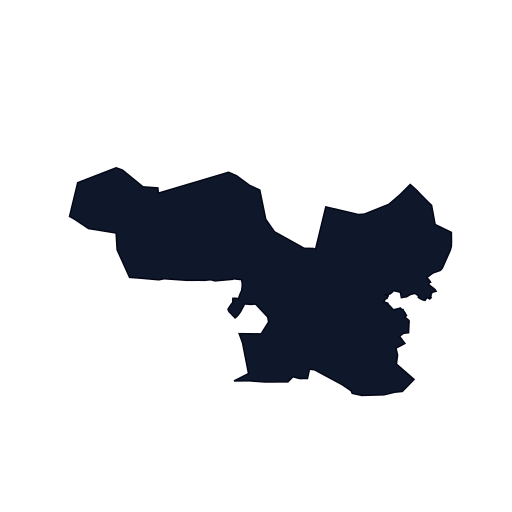 outline of Ife East, Osun, Nigeria, rotated 112°
{"feature_id": "59680162B92942987363648", "entity_name": "Ife East", "entity_type": "district", "adm_level": 2, "iso_a3": "NGA", "parent_name": "Nigeria", "parent_adm1": "Osun", "projection": "equal_earth", "projection_center": [4.586, 7.388], "detail": "fine", "context": "isolated", "style": "filled", "palette": "ink", "viewbox_px": 512, "rotation_deg": 112, "n_neighbors": 0, "source": "geoboundaries", "source_scale": "gbopen_adm2", "svg_char_len": 3760}
<svg xmlns="http://www.w3.org/2000/svg" viewBox="0 0 512 512"><g transform="rotate(112 256 256)"><path d="M188.6,312.8L234.3,370.1L229.6,372.5L234.2,386.7L226.3,412.1L226.6,418.7L254.8,448.8L289.2,443.7L289.8,438.4L293.3,421.6L287.1,394.3L302.3,387.1L323.2,365.2L320.5,356.9L314.5,337.2L311.5,332.6L306.5,317.3L304.7,311.7L299.6,299.1L298.0,294.9L295.0,289.1L294.4,284.6L286.3,268.8L285.5,268.1L283.3,260.3L284.6,259.8L285.3,259.4L286.1,258.8L286.9,258.4L287.7,258.1L288.4,257.7L288.8,257.7L289.3,257.5L289.5,257.4L290.1,257.3L290.5,257.1L290.9,257.0L291.5,256.9L291.9,256.8L292.3,256.6L293.0,256.5L293.6,256.4L294.1,256.4L294.5,256.4L294.9,256.4L295.4,256.5L296.1,256.5L296.7,256.5L297.3,256.5L297.9,256.5L298.5,256.5L299.0,256.5L299.4,256.4L300.2,256.4L300.6,256.4L300.9,256.4L301.4,256.4L301.8,256.4L302.2,256.4L302.2,256.6L302.3,257.0L302.5,257.8L302.5,258.1L302.7,258.7L302.9,259.2L303.1,259.9L303.4,260.5L303.6,261.0L303.9,261.6L304.1,261.5L304.3,261.5L304.6,261.4L304.9,261.2L305.1,261.1L305.4,261.0L305.7,261.0L306.0,260.8L306.2,260.7L306.5,260.7L306.8,260.5L307.1,260.3L307.4,260.2L307.6,260.2L308.0,260.2L308.3,260.2L308.5,260.4L308.9,260.5L309.2,260.6L309.6,260.7L309.9,260.9L310.2,260.9L310.5,261.0L310.8,261.0L311.0,261.1L311.4,261.2L311.7,261.2L312.1,261.3L312.5,261.4L312.9,261.5L313.3,261.6L313.5,261.6L313.8,261.7L314.3,261.8L314.6,261.9L315.1,261.9L315.6,261.9L316.1,261.9L316.3,261.6L316.6,261.3L316.9,261.1L317.2,260.8L317.4,260.5L317.6,260.1L317.9,259.8L318.1,259.3L318.3,259.0L318.4,258.5L318.6,257.9L318.9,257.4L319.1,256.9L319.3,256.5L319.6,255.9L319.8,255.4L320.1,254.8L320.3,254.2L320.5,253.8L320.6,253.4L320.9,252.9L321.2,252.5L321.3,252.3L321.0,252.0L320.5,251.7L319.8,251.4L319.0,251.1L318.4,250.8L317.5,250.5L316.8,250.3L316.1,250.1L315.6,250.0L314.9,249.8L314.3,249.6L313.9,249.6L313.4,249.5L313.0,249.4L312.4,249.3L311.9,249.3L311.0,249.2L310.4,249.2L309.9,249.2L309.7,249.1L309.3,249.0L308.8,249.0L308.3,248.9L307.9,248.9L307.3,248.8L306.3,248.7L305.9,248.7L305.4,248.7L305.0,248.7L304.5,247.9L304.3,247.2L303.8,245.8L303.4,244.2L302.7,242.5L302.3,241.4L301.2,239.4L300.8,238.2L308.2,222.3L312.4,219.6L326.3,222.1L334.3,242.5L341.4,236.1L367.8,218.9L380.1,229.6L374.1,215.1L373.7,213.7L373.0,211.4L369.5,200.6L360.8,179.3L354.1,176.5L353.7,172.7L353.3,169.6L350.3,162.4L340.9,164.0L339.6,159.1L343.0,128.2L345.3,117.5L347.3,115.3L345.7,105.8L336.8,85.4L330.3,76.3L326.8,69.6L311.2,63.2L303.6,85.3L294.8,87.6L289.0,91.7L281.3,85.2L276.7,92.8L272.4,90.3L270.0,85.8L258.8,89.7L258.3,90.6L257.4,93.2L257.2,94.8L256.1,94.7L254.8,94.1L253.8,95.5L252.8,96.6L251.8,98.4L250.9,99.3L250.5,99.8L251.2,100.5L250.1,102.7L251.3,104.1L254.4,108.5L252.2,113.1L251.4,115.2L251.0,115.5L250.4,116.0L250.5,118.4L250.8,120.3L250.1,120.3L249.4,120.2L247.6,120.1L246.2,118.6L245.5,118.9L244.5,118.5L243.4,118.5L243.5,121.3L242.8,121.2L242.6,119.4L240.8,117.4L238.8,116.3L236.9,115.6L236.5,114.8L235.8,110.4L235.6,108.4L237.0,107.7L238.2,106.8L240.1,105.7L239.8,104.9L238.7,103.3L237.5,101.2L236.7,100.5L234.4,98.9L232.9,97.1L231.1,94.6L232.1,90.2L233.3,90.2L233.6,89.9L234.0,88.0L234.2,85.0L234.0,83.3L233.8,82.6L230.4,82.0L230.8,79.0L230.5,78.6L229.0,78.0L228.8,79.0L227.5,78.7L225.2,79.7L225.0,79.1L223.8,79.2L221.2,75.8L220.1,77.3L219.5,79.1L219.0,80.9L217.6,85.6L215.6,85.0L214.9,84.3L212.9,87.3L212.5,88.9L211.9,89.5L210.0,88.3L205.5,85.6L200.3,79.7L197.6,78.7L177.7,78.0L173.8,78.5L168.7,80.4L160.9,83.7L159.7,101.7L143.2,112.2L141.6,116.4L140.3,119.4L138.6,123.3L136.8,127.5L135.0,131.3L133.5,135.3L131.9,139.8L145.1,145.4L158.3,152.2L176.6,171.3L179.2,176.6L184.3,209.7L227.6,203.3L227.5,205.7L230.8,214.2L226.6,248.0L218.3,260.7L193.4,277.2L192.9,288.4L188.9,303.9L188.6,312.8Z" fill="#0f172a" stroke="#020617" stroke-width="1.5"/></g></svg>